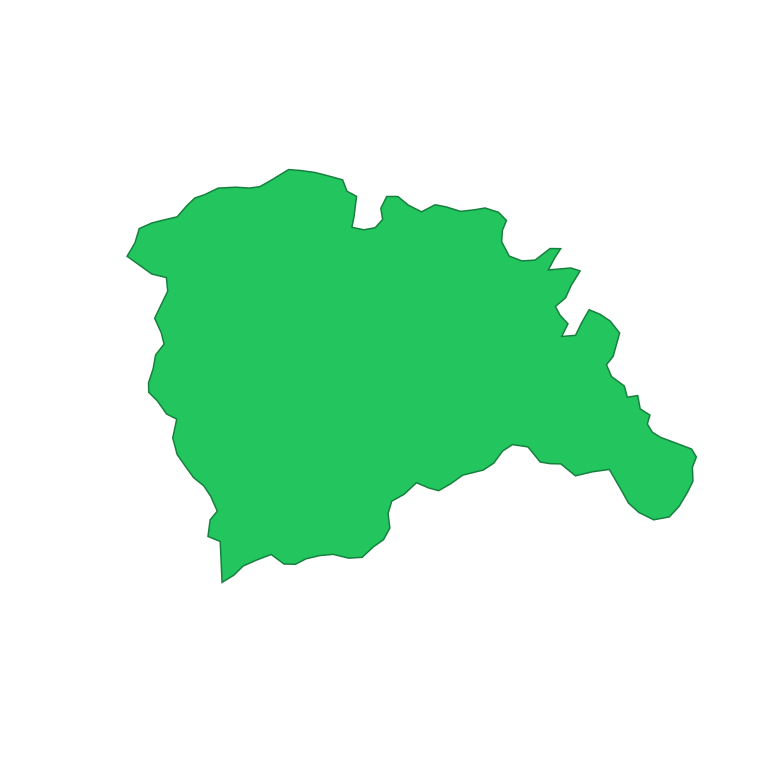 the district of Paulínia, São Paulo, Brazil, rotated 61°
{"feature_id": "56859067B57069551126176", "entity_name": "Paulínia", "entity_type": "district", "adm_level": 2, "iso_a3": "BRA", "parent_name": "Brazil", "parent_adm1": "São Paulo", "projection": "albers", "projection_center": [-47.141, -22.748], "detail": "fine", "context": "isolated", "style": "filled", "palette": "green", "viewbox_px": 768, "rotation_deg": 61, "n_neighbors": 0, "source": "geoboundaries", "source_scale": "gbopen_adm2", "svg_char_len": 1886}
<svg xmlns="http://www.w3.org/2000/svg" viewBox="0 0 768 768"><g transform="rotate(61 384 384)"><path d="M150.2,363.5L151.0,382.2L151.2,396.9L147.4,406.7L140.0,418.2L132.3,434.0L131.4,449.4L129.6,459.2L132.3,469.6L137.5,483.9L133.5,498.0L130.6,509.0L129.4,522.7L140.0,533.6L147.7,546.8L175.4,533.7L185.4,522.7L198.0,528.2L206.7,540.6L215.3,552.7L231.4,554.0L242.4,557.0L247.9,569.7L258.7,578.5L268.8,589.4L277.2,593.8L289.0,590.4L304.9,588.7L314.2,582.3L328.7,594.9L345.4,599.1L361.5,597.4L373.7,595.9L385.7,591.0L398.3,590.0L414.4,591.5L418.5,601.9L432.0,611.9L442.3,603.6L479.0,621.8L478.4,608.1L474.9,595.5L476.1,581.7L478.4,565.3L493.0,558.7L498.7,548.9L499.1,536.9L502.8,523.7L508.3,511.1L519.3,499.2L525.0,487.1L521.3,472.3L519.9,459.8L512.8,448.7L499.3,443.3L490.2,434.0L490.2,419.7L486.1,403.5L496.7,395.2L503.8,387.9L503.6,374.3L501.9,359.2L507.4,338.9L506.4,326.3L500.1,312.7L499.3,301.0L508.8,288.6L528.0,285.2L534.1,277.5L539.6,268.1L557.1,261.1L561.9,244.1L568.0,228.3L593.1,227.9L606.7,227.9L619.9,223.4L633.5,214.0L638.6,198.9L634.1,185.3L625.8,171.0L618.9,161.0L606.3,154.6L599.3,146.2L590.0,146.5L564.5,168.2L556.2,172.7L546.7,173.1L540.1,166.5L530.0,172.0L517.1,167.7L513.5,177.6L502.3,174.8L487.8,181.4L475.0,180.1L471.0,170.3L453.7,153.2L438.8,155.6L428.0,161.1L418.5,168.6L426.2,181.4L434.3,192.9L428.6,205.5L420.5,193.9L409.3,196.7L399.3,196.5L396.7,183.5L388.6,172.6L380.2,157.7L373.1,164.3L363.9,185.0L356.4,173.5L351.3,163.9L346.0,173.1L348.9,191.8L343.2,203.7L332.8,212.5L316.5,212.1L307.0,205.9L300.3,197.6L289.3,200.6L279.1,210.2L275.2,221.2L270.1,233.4L259.4,243.6L252.0,252.4L251.6,267.7L239.4,276.0L226.8,280.9L221.3,290.7L228.8,301.6L239.4,305.4L243.0,315.9L239.4,326.8L231.4,336.1L223.1,329.1L214.6,322.9L206.6,317.0L197.5,322.9L185.4,321.2L172.4,334.5L165.3,342.1L156.7,353.6L150.2,363.5Z" fill="#22c55e" stroke="#15803d" stroke-width="1.5"/></g></svg>